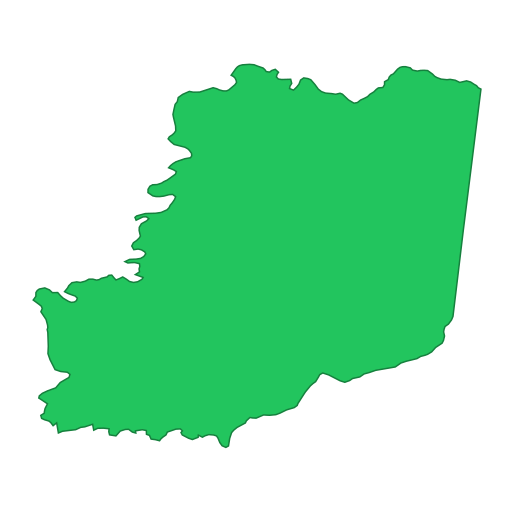 outline of Mundo Novo, Goiás, Brazil, rotated 271°
{"feature_id": "56859067B59704629353682", "entity_name": "Mundo Novo", "entity_type": "district", "adm_level": 2, "iso_a3": "BRA", "parent_name": "Brazil", "parent_adm1": "Goiás", "projection": "equal_earth", "projection_center": [-50.198, -13.778], "detail": "fine", "context": "isolated", "style": "filled", "palette": "green", "viewbox_px": 512, "rotation_deg": 271, "n_neighbors": 0, "source": "geoboundaries", "source_scale": "gbopen_adm2", "svg_char_len": 4489}
<svg xmlns="http://www.w3.org/2000/svg" viewBox="0 0 512 512"><g transform="rotate(271 256 256)"><path d="M419.4,186.5L417.9,183.2L416.3,179.8L413.1,175.5L408.9,174.6L406.2,172.5L401.0,171.4L396.1,170.5L393.6,171.0L384.6,173.3L379.8,173.6L377.4,172.0L375.6,170.1L373.7,167.3L371.6,166.1L368.9,168.7L366.1,172.2L363.5,183.1L362.0,185.9L360.5,187.5L357.6,189.7L355.1,190.0L353.1,188.8L352.0,183.1L348.9,174.5L347.0,171.5L344.9,169.0L342.7,167.1L340.7,172.1L339.0,174.9L336.4,174.0L330.3,165.8L328.7,162.5L327.2,160.3L325.7,155.9L325.4,151.4L323.9,148.7L320.8,146.9L317.5,146.9L314.3,151.8L313.7,154.9L313.7,158.6L314.3,162.8L315.8,168.0L316.1,171.6L313.9,174.6L311.1,173.6L307.5,171.2L305.2,169.3L302.7,168.2L300.6,166.2L297.9,160.4L297.0,154.9L296.7,148.1L296.5,144.6L295.5,141.1L294.0,136.0L292.5,134.3L289.7,135.5L293.1,142.3L293.3,145.7L291.4,148.2L289.2,146.0L286.3,140.9L282.7,138.8L279.6,138.7L277.0,139.3L273.9,140.1L271.9,138.9L269.4,136.4L267.1,133.2L263.8,131.6L260.2,133.7L260.9,138.0L260.2,141.3L258.2,144.7L256.2,145.7L253.5,143.8L251.6,140.7L250.8,136.3L250.4,129.7L248.1,125.1L246.8,128.0L247.2,132.1L247.3,135.0L246.3,139.6L243.6,140.0L241.0,139.3L238.1,139.8L235.3,135.7L233.6,140.6L232.6,143.5L230.8,142.5L228.2,138.2L227.4,134.0L228.3,130.0L230.8,126.4L232.7,123.1L230.9,119.6L229.6,116.4L231.7,114.4L234.4,112.1L234.1,109.1L232.5,107.5L231.0,101.7L229.7,99.7L229.1,97.0L230.0,93.3L229.9,89.3L227.9,85.8L226.5,80.9L227.0,77.2L226.1,72.4L223.0,69.3L220.8,68.2L217.0,65.2L215.3,68.7L214.2,71.7L212.8,75.9L210.8,78.1L208.3,77.3L206.8,75.2L206.4,72.0L207.5,69.1L210.4,64.0L213.0,61.1L216.0,58.4L215.8,53.0L218.5,50.1L220.4,45.4L219.2,39.9L217.7,37.9L215.6,36.6L211.8,36.6L208.1,34.0L203.9,39.9L202.1,42.2L199.8,43.2L196.5,41.9L188.9,47.2L183.3,48.8L180.7,49.1L178.8,48.5L175.9,49.2L162.1,49.9L154.7,49.7L148.7,51.9L138.9,57.1L137.1,62.7L136.5,69.4L134.4,72.1L131.3,71.1L126.1,62.5L120.7,58.1L117.6,50.1L115.0,44.8L112.4,41.8L110.2,41.3L104.6,50.1L99.9,47.8L97.1,47.2L95.1,47.0L92.9,43.6L89.9,44.5L88.6,47.4L87.4,51.7L86.0,53.6L82.8,56.1L85.7,59.6L75.6,61.5L77.4,65.6L79.2,78.7L81.6,83.7L82.2,87.8L84.9,95.6L82.9,96.0L79.0,96.8L81.0,100.8L81.2,106.5L80.7,112.1L77.7,111.9L74.6,112.7L73.7,119.1L78.6,123.3L80.3,128.3L80.5,131.7L77.8,135.4L76.9,138.9L79.1,138.5L80.3,145.3L79.6,149.4L75.8,149.6L74.8,152.6L71.1,154.3L70.6,158.7L69.6,162.8L71.6,164.2L73.5,166.3L75.5,169.1L78.4,170.4L79.9,174.5L81.5,178.9L81.8,183.4L79.9,185.5L78.2,184.1L75.8,185.4L72.6,191.8L71.4,195.6L73.7,201.3L75.9,201.5L73.9,205.6L75.3,208.0L76.6,211.9L76.3,216.7L75.4,219.7L73.2,221.2L68.8,223.1L65.7,225.4L64.1,229.2L65.6,231.8L73.3,232.9L79.0,234.7L81.5,236.8L84.3,240.1L88.9,248.3L91.0,249.2L94.4,252.7L94.0,255.4L93.9,259.0L97.2,266.3L97.0,272.3L97.7,278.6L99.3,282.7L102.7,289.3L105.1,296.9L107.3,299.8L109.3,300.5L118.2,306.0L120.9,307.7L127.1,312.6L129.5,315.2L131.4,317.8L136.2,320.6L138.5,321.8L140.2,324.8L138.4,330.7L135.6,336.4L132.7,342.3L131.3,347.0L133.1,351.8L135.2,354.7L136.9,361.9L140.0,366.2L141.4,371.1L143.8,377.7L147.5,397.2L151.5,402.7L153.4,408.1L156.2,418.7L158.5,422.4L159.7,426.7L160.7,429.3L163.2,433.3L167.7,437.2L172.1,443.6L174.8,444.9L179.3,445.9L183.4,444.9L185.9,445.3L188.8,446.2L191.3,449.6L195.5,452.6L199.0,454.0L286.1,462.9L352.0,470.0L391.4,474.2L426.8,478.0L428.1,475.3L430.2,473.5L431.4,471.2L433.7,467.6L434.8,463.5L434.0,460.3L433.1,456.7L435.2,452.2L436.0,447.0L435.6,443.9L436.1,438.0L437.5,433.9L438.8,431.5L441.0,429.3L444.4,424.4L444.6,420.8L444.4,417.3L443.7,414.1L444.6,409.2L446.8,407.0L447.9,402.3L447.8,399.1L447.1,396.7L445.3,394.3L440.5,390.2L439.3,387.8L437.3,386.1L434.7,385.2L432.5,381.5L429.4,381.5L426.7,379.9L426.2,375.4L424.7,373.4L422.1,370.9L419.7,367.1L417.3,364.8L415.6,361.7L413.8,357.9L411.2,354.7L410.5,351.3L413.7,345.7L419.3,339.6L420.2,337.2L419.1,332.8L419.7,328.8L420.1,322.7L421.5,318.6L423.9,315.4L428.4,312.0L433.2,307.7L434.3,304.8L434.9,300.6L432.7,297.5L430.8,296.8L428.4,295.9L425.6,293.7L422.5,290.6L424.0,286.6L426.4,287.0L429.2,288.7L433.3,287.6L432.9,278.7L433.3,275.3L435.3,273.3L437.8,273.8L440.1,275.3L443.0,272.0L441.8,268.6L440.1,266.3L440.6,263.0L442.5,261.6L444.1,259.8L445.8,254.5L447.2,250.7L447.5,246.1L446.9,239.0L446.0,236.0L444.7,234.1L442.9,232.5L438.9,229.8L436.3,228.0L435.1,230.3L433.5,232.0L431.2,233.1L429.1,233.5L426.8,231.9L421.5,225.8L420.5,223.5L420.5,220.2L421.4,216.5L422.6,213.8L423.5,210.2L418.9,196.8L418.7,190.4L419.4,186.5Z" fill="#22c55e" stroke="#15803d" stroke-width="1.5"/></g></svg>